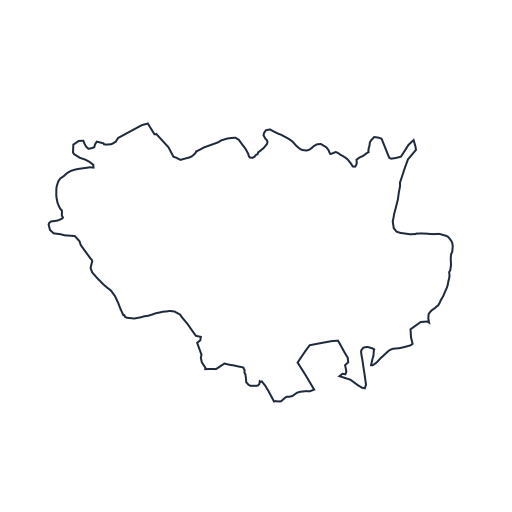 Itay Al-Barud, Al Buhayrah, Egypt (orthographic projection), rotated 346°
{"feature_id": "37247803B96571076642873", "entity_name": "Itay Al-Barud", "entity_type": "district", "adm_level": 2, "iso_a3": "EGY", "parent_name": "Egypt", "parent_adm1": "Al Buhayrah", "projection": "orthographic", "projection_center": [30.664, 30.886], "detail": "fine", "context": "isolated", "style": "outline", "palette": "slate", "viewbox_px": 512, "rotation_deg": 346, "n_neighbors": 0, "source": "geoboundaries", "source_scale": "gbopen_adm2", "svg_char_len": 6056}
<svg xmlns="http://www.w3.org/2000/svg" viewBox="0 0 512 512"><g transform="rotate(346 256 256)"><path d="M190.0,356.0L199.4,352.7L201.0,353.6L204.1,355.2L205.0,355.6L207.6,356.6L207.9,356.8L210.6,358.1L212.3,359.0L215.0,360.2L216.8,361.3L217.3,364.3L216.6,366.1L216.8,367.1L217.1,368.3L216.7,371.9L216.6,372.4L216.3,374.4L216.0,376.1L217.6,379.2L219.2,380.6L223.2,381.6L225.3,382.1L226.6,382.1L227.8,381.3L228.3,381.0L229.0,379.4L229.4,378.5L230.0,379.3L231.3,379.1L233.7,384.4L234.0,385.5L235.3,389.6L238.3,401.6L239.9,401.5L240.7,402.0L245.0,403.1L246.0,402.6L246.8,402.2L250.1,400.5L251.9,400.0L253.6,400.5L255.9,400.7L257.3,400.7L260.9,399.3L262.6,398.6L265.4,398.4L268.1,398.7L271.7,399.2L275.4,400.3L280.1,399.7L275.5,384.3L270.6,369.4L272.0,368.2L274.8,365.6L279.1,361.8L281.1,360.0L286.5,355.6L292.7,355.9L296.3,356.1L308.9,356.9L315.1,358.0L317.0,364.9L318.3,369.9L318.8,371.8L319.7,374.6L320.4,376.7L319.8,381.4L316.0,383.5L315.9,386.8L315.7,390.1L314.1,392.4L311.4,391.2L307.9,392.8L312.4,395.6L317.6,398.8L324.1,406.6L324.6,407.0L327.0,409.5L327.5,409.7L328.5,410.1L329.5,410.7L331.6,407.5L332.8,396.0L333.0,393.7L334.1,382.3L334.4,377.4L334.7,375.0L334.9,374.0L335.4,372.9L338.0,370.9L340.2,371.0L341.5,371.1L342.5,371.4L343.6,372.0L345.2,373.0L346.5,373.7L347.1,374.3L348.1,375.1L347.1,377.2L347.0,377.7L346.3,379.8L345.8,381.2L344.1,384.1L342.6,387.1L341.2,389.8L342.9,390.2L346.9,388.7L349.8,386.9L352.0,385.4L352.4,385.1L353.9,384.4L355.4,383.6L356.8,382.8L359.0,381.6L361.6,380.2L362.3,379.8L365.9,379.1L366.5,379.2L368.2,379.4L372.6,380.1L375.8,380.2L380.0,380.2L384.2,380.1L386.7,379.1L386.7,372.5L388.2,364.5L394.7,361.9L397.3,360.9L399.3,360.1L399.7,359.9L402.4,360.3L402.9,360.4L404.0,360.6L406.5,361.1L407.8,362.5L408.1,358.0L409.5,354.0L411.6,352.3L413.6,351.1L417.0,349.8L419.4,348.5L420.8,348.0L423.2,345.5L424.3,343.9L427.9,340.3L431.1,336.0L433.7,332.7L435.2,330.1L436.4,327.4L438.0,324.4L439.0,322.0L439.5,318.4L441.0,316.9L443.0,312.1L443.9,307.7L444.3,305.7L445.0,303.5L445.8,301.3L447.4,299.5L449.2,294.4L449.6,291.1L449.1,288.5L448.1,286.1L447.2,284.2L445.6,282.5L443.0,281.1L439.5,279.0L437.9,278.6L436.3,278.3L433.9,277.8L430.9,277.0L426.7,275.5L424.5,274.9L423.5,274.6L421.2,273.9L419.2,273.6L417.1,273.0L416.2,273.3L411.1,272.3L401.6,268.5L398.3,266.4L396.4,262.5L396.8,257.8L397.1,255.3L398.7,252.2L400.1,248.8L403.1,243.4L407.3,235.5L410.1,228.6L412.7,223.0L413.4,219.7L417.5,213.3L419.7,209.7L421.9,206.3L423.5,203.9L426.9,198.9L432.1,195.2L436.9,191.7L437.2,188.6L437.0,181.7L433.9,183.3L432.8,184.0L430.9,185.0L422.7,192.8L422.0,193.4L420.6,194.7L415.1,194.7L410.8,194.3L409.1,193.1L408.7,190.8L406.3,173.0L406.0,172.4L405.3,172.0L403.5,170.8L400.1,169.4L399.4,169.2L395.8,171.5L394.0,173.3L392.7,176.6L391.2,179.1L391.0,180.0L390.5,181.0L390.4,182.4L387.5,183.3L385.8,184.1L385.3,184.3L383.3,185.0L381.4,185.2L380.0,185.6L379.4,185.8L377.2,186.7L376.8,186.9L376.2,190.3L375.9,190.9L374.8,192.4L373.8,193.3L371.6,192.6L370.1,188.3L369.1,186.3L368.2,184.4L366.5,182.1L364.0,179.6L363.1,178.8L362.5,178.3L361.0,176.4L359.4,175.0L358.3,174.4L353.8,175.1L352.8,175.0L352.3,173.3L352.0,170.9L351.4,169.5L350.6,167.6L347.2,164.2L346.0,163.0L342.3,162.4L338.7,163.3L336.6,164.5L335.4,165.0L334.9,165.2L333.2,165.8L330.5,165.9L329.6,165.5L327.1,164.6L326.7,164.3L325.0,163.2L323.2,160.9L321.5,158.4L319.9,155.2L318.7,153.3L316.6,150.8L314.2,148.5L311.0,145.6L309.8,144.5L306.5,142.2L304.5,140.5L303.2,139.4L300.3,136.6L298.8,136.5L296.0,136.4L293.8,138.3L293.3,139.2L292.5,140.7L293.4,144.2L294.2,145.6L294.7,146.6L294.7,148.4L293.7,150.0L289.8,152.9L289.1,153.3L286.5,154.5L284.7,155.4L283.2,155.9L282.1,157.6L280.6,157.8L278.6,159.3L276.1,159.9L274.9,159.3L274.1,159.1L273.2,157.6L273.2,155.1L271.8,149.6L269.9,145.2L269.3,143.8L267.4,139.0L264.5,136.2L261.1,135.6L256.6,135.1L251.8,135.3L250.2,135.4L248.6,136.0L247.2,136.4L246.3,136.6L245.4,136.7L233.4,137.9L231.6,138.1L227.9,139.1L224.8,139.8L224.3,139.9L223.3,140.0L222.9,140.8L221.7,141.7L219.8,142.9L217.3,143.9L215.0,144.3L212.3,144.3L211.5,144.3L207.0,144.4L206.1,144.5L204.7,143.3L203.2,142.2L203.0,141.7L199.9,139.7L197.4,129.4L188.8,113.5L188.3,113.7L186.9,113.3L183.1,101.3L176.9,101.4L150.8,108.1L148.4,110.3L147.7,111.1L145.9,111.7L144.3,112.2L142.4,112.5L137.3,111.6L135.5,110.8L135.3,109.8L129.1,106.5L127.3,108.3L126.7,108.9L125.4,111.3L123.1,111.6L122.1,111.6L119.4,111.5L117.8,109.1L117.6,108.5L117.2,107.2L116.9,106.3L116.3,102.4L111.9,101.5L109.3,102.4L108.3,102.8L105.7,103.7L103.5,111.3L104.1,113.1L104.9,114.0L106.1,115.2L107.5,116.7L108.1,117.3L108.8,118.1L111.2,119.6L113.5,121.1L114.1,121.6L114.8,122.2L115.5,122.9L116.6,123.8L117.1,124.2L119.0,126.7L120.2,128.1L119.7,130.9L119.1,130.7L116.2,129.7L113.3,129.5L112.8,129.4L111.9,129.3L104.3,128.5L101.6,128.4L99.9,128.5L97.2,128.6L93.1,129.7L90.9,130.8L88.8,132.0L86.9,132.7L84.9,133.4L82.3,135.6L80.3,138.8L79.0,141.2L78.3,143.4L77.7,145.7L77.2,147.6L76.9,148.7L76.8,149.7L76.5,151.6L76.5,152.2L76.4,153.8L76.3,156.4L76.8,160.0L77.2,161.6L77.8,163.7L78.5,164.3L78.5,165.9L77.4,169.8L77.7,170.8L78.0,172.0L77.1,172.7L73.4,173.5L71.4,173.5L70.6,173.5L68.9,173.3L65.5,172.9L63.3,173.9L62.4,175.3L62.4,180.9L65.2,185.1L67.9,186.1L69.6,186.8L71.6,187.6L75.7,189.8L77.3,190.3L78.1,190.5L80.1,191.2L82.3,191.9L85.0,192.8L85.9,194.5L88.3,198.9L88.6,203.0L89.6,205.5L90.3,207.3L94.7,218.1L95.8,220.2L95.8,221.8L95.0,222.9L94.0,224.9L93.1,226.5L92.6,228.0L93.1,232.3L96.5,238.9L98.0,241.5L98.5,242.2L100.8,246.3L103.7,250.4L106.9,254.4L109.5,260.9L111.0,268.7L111.5,273.1L112.9,281.2L113.9,281.5L114.1,283.2L115.8,284.7L119.1,285.9L120.1,286.2L122.6,287.2L129.2,287.6L132.1,287.5L133.0,287.5L136.9,287.9L140.5,287.7L141.1,287.7L144.8,287.3L148.9,287.5L152.8,287.6L156.0,288.2L158.9,288.4L163.4,290.1L168.1,294.4L168.7,296.0L169.2,297.3L169.9,298.8L171.0,301.0L172.9,304.9L178.3,318.9L182.9,321.1L181.6,324.3L177.9,326.0L179.2,338.6L177.9,341.3L177.7,346.0L178.8,349.2L179.9,352.2L179.4,353.5L185.0,354.7L186.8,355.2L188.4,355.7L190.0,356.0Z" fill="none" stroke="#1e293b" stroke-width="2"/></g></svg>